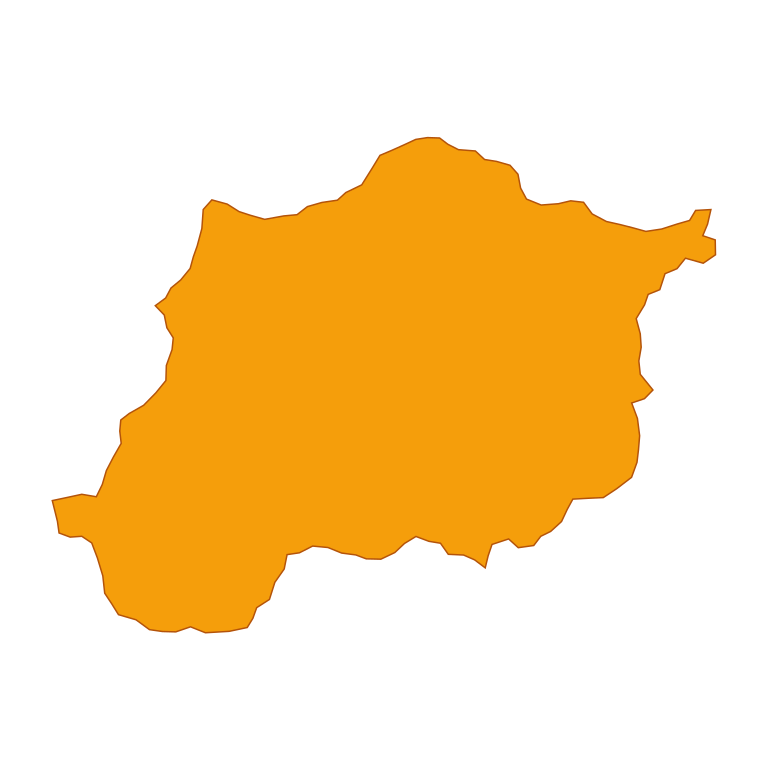 Sericita, Minas Gerais, Brazil, rotated 269°
{"feature_id": "56859067B8747364501961", "entity_name": "Sericita", "entity_type": "district", "adm_level": 2, "iso_a3": "BRA", "parent_name": "Brazil", "parent_adm1": "Minas Gerais", "projection": "robinson", "projection_center": [-42.459, -20.494], "detail": "fine", "context": "isolated", "style": "filled", "palette": "amber", "viewbox_px": 768, "rotation_deg": 269, "n_neighbors": 0, "source": "geoboundaries", "source_scale": "gbopen_adm2", "svg_char_len": 1947}
<svg xmlns="http://www.w3.org/2000/svg" viewBox="0 0 768 768"><g transform="rotate(269 384 384)"><path d="M158.0,114.5L152.6,131.9L142.5,145.2L140.4,158.1L139.8,171.5L144.6,186.3L138.4,201.1L139.4,224.9L142.9,243.0L152.0,248.8L162.6,252.8L170.6,265.7L187.6,271.4L200.8,281.0L215.1,284.1L216.7,296.5L223.2,309.8L221.5,325.1L215.7,338.7L213.6,352.8L209.5,363.2L208.9,377.8L215.3,391.9L224.2,401.7L231.0,413.3L225.9,426.2L223.8,437.7L212.6,445.3L211.6,460.6L206.6,471.5L198.4,482.0L210.3,485.1L221.7,489.2L226.9,505.9L218.0,515.4L219.9,530.9L229.0,538.1L233.7,548.1L243.4,559.1L255.4,565.0L265.6,570.8L266.2,586.5L266.6,601.3L275.3,614.9L286.4,629.9L301.3,635.6L313.9,637.3L327.8,638.7L345.1,636.8L360.7,631.3L364.8,644.2L373.3,652.8L389.2,640.4L402.6,639.2L416.3,641.8L429.7,641.1L445.0,637.3L458.6,645.9L469.0,649.7L473.5,661.4L489.4,666.9L494.2,679.0L504.5,687.6L499.2,705.3L507.4,717.7L522.3,717.7L526.7,705.3L538.2,710.3L552.7,713.9L552.1,698.6L542.2,692.4L538.8,679.8L534.1,664.3L532.0,648.5L535.8,635.6L539.3,622.8L542.6,609.2L550.4,595.1L562.2,586.7L563.9,573.9L561.2,561.5L560.2,544.3L566.4,529.7L577.5,524.0L591.4,521.6L600.5,513.8L604.6,500.4L606.7,488.5L615.4,479.4L617.0,462.5L622.6,452.0L629.0,443.9L629.6,431.7L628.0,420.0L622.8,408.3L617.4,395.7L612.7,384.0L599.9,375.9L583.5,365.2L576.1,349.2L568.6,340.6L566.6,325.1L562.7,310.5L554.8,300.0L553.8,286.7L550.7,267.6L555.2,252.8L558.9,242.1L566.6,230.4L571.1,215.1L561.6,206.3L542.6,204.6L525.2,199.6L514.5,195.6L502.9,192.2L491.5,182.5L483.7,172.7L473.8,167.2L466.3,156.7L456.8,165.5L444.0,167.9L433.8,174.1L422.1,172.7L406.3,166.7L391.3,166.0L379.1,155.7L366.9,143.3L359.0,128.8L352.6,120.2L341.6,119.0L329.2,120.2L315.6,112.1L302.3,104.9L288.5,100.6L276.3,94.4L279.0,79.9L276.3,66.3L273.2,50.3L262.8,52.7L252.3,55.1L240.7,56.5L236.4,67.5L237.0,79.2L230.2,89.0L215.1,94.4L197.1,99.5L179.7,101.1L169.2,107.8L158.0,114.5Z" fill="#f59e0b" stroke="#b45309" stroke-width="1.5"/></g></svg>